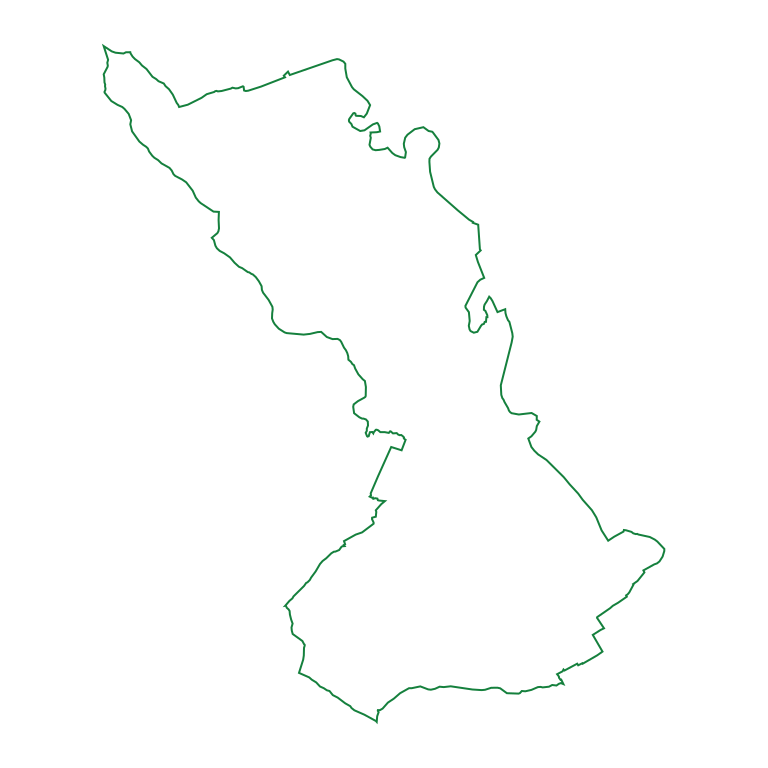 the district of Turceni, Gorj, Romania
{"feature_id": "2599482B55128602353314", "entity_name": "Turceni", "entity_type": "district", "adm_level": 2, "iso_a3": "ROU", "parent_name": "Romania", "parent_adm1": "Gorj", "projection": "albers", "projection_center": [23.338, 44.708], "detail": "fine", "context": "isolated", "style": "outline", "palette": "green", "viewbox_px": 768, "rotation_deg": 0, "n_neighbors": 0, "source": "geoboundaries", "source_scale": "gbopen_adm2", "svg_char_len": 6064}
<svg xmlns="http://www.w3.org/2000/svg" viewBox="0 0 768 768"><path d="M644.4,572.4L643.4,570.4L654.2,564.4L657.0,563.4L659.5,561.4L662.6,556.6L664.3,551.0L664.3,548.9L657.3,541.5L654.8,539.6L649.8,537.0L638.3,534.5L637.3,533.9L635.8,534.1L633.2,533.3L631.5,531.9L626.1,530.3L623.9,530.0L623.5,531.6L614.2,536.7L608.2,540.7L601.6,530.4L596.3,517.4L591.9,510.2L582.7,499.8L578.2,493.6L569.7,484.4L563.8,477.2L546.5,460.0L538.1,454.4L534.3,450.7L531.4,447.0L528.3,438.5L531.4,436.3L535.4,431.6L536.2,429.8L536.8,426.1L539.4,421.6L536.7,419.8L536.8,416.0L531.6,413.0L518.8,414.5L511.6,413.2L510.1,412.1L508.9,410.5L508.1,408.2L504.5,402.0L503.5,399.6L502.4,398.2L501.3,394.9L500.8,385.3L511.6,342.6L512.7,336.7L512.3,333.2L509.4,321.9L508.0,320.2L506.4,316.4L505.5,313.1L505.2,309.2L497.5,312.1L492.5,301.1L490.7,298.2L489.2,296.7L486.9,301.1L484.6,304.6L484.0,306.7L483.9,309.8L485.4,310.9L487.3,315.2L487.4,317.1L486.4,317.1L486.0,321.8L484.7,321.9L483.9,323.9L482.1,324.5L481.0,325.8L477.4,331.8L473.8,332.7L470.6,331.1L469.6,329.5L468.8,325.8L469.7,321.0L468.9,312.2L465.6,307.6L465.4,305.9L477.5,282.2L480.3,279.7L484.2,277.9L477.9,261.9L475.8,255.0L480.7,250.4L479.9,249.3L478.2,224.7L472.8,222.8L473.1,222.0L469.1,219.7L457.5,210.1L437.4,192.4L435.0,189.3L433.8,186.9L430.1,171.8L429.4,161.9L429.5,158.8L430.9,156.6L437.6,149.8L438.8,147.5L439.4,143.5L438.5,140.0L432.8,132.3L432.1,131.7L428.6,131.0L423.4,127.2L414.7,129.2L407.5,134.7L405.2,137.7L403.8,143.8L404.2,147.2L405.9,152.1L405.1,157.5L404.7,157.8L400.6,157.1L395.3,155.2L392.3,153.0L387.6,147.7L384.8,149.0L379.2,149.9L375.6,150.2L372.6,149.4L370.3,146.7L369.5,144.8L370.8,137.8L370.2,135.8L370.7,133.8L370.5,132.5L376.9,132.2L380.1,131.5L379.3,126.4L377.9,123.5L377.1,122.9L372.9,124.4L364.5,130.3L360.2,131.0L352.5,126.7L351.4,124.0L349.1,121.6L348.9,120.1L349.3,118.9L353.3,113.3L354.3,113.0L355.4,113.6L355.6,115.2L356.1,115.8L360.9,116.0L363.9,117.3L366.8,113.6L370.1,105.1L367.5,100.8L362.5,96.1L353.8,89.3L352.0,87.1L346.8,77.3L345.3,68.6L345.3,63.8L343.5,61.6L339.0,59.4L337.0,59.1L332.4,60.3L289.8,75.0L288.0,71.6L283.8,75.7L285.0,77.3L261.0,86.6L248.2,90.7L245.8,91.0L244.1,90.5L243.6,86.8L242.9,86.3L238.1,88.2L235.7,88.4L232.4,87.7L230.8,88.6L221.6,91.0L217.9,91.4L216.5,90.9L215.2,91.2L214.1,92.0L206.7,94.2L201.6,97.8L187.8,104.7L179.1,107.0L178.3,105.0L176.7,102.9L172.8,94.6L169.0,89.2L165.5,86.1L163.8,83.5L158.5,81.2L156.2,79.1L152.5,76.8L146.5,69.0L142.0,65.5L139.3,62.3L134.9,59.0L132.6,56.6L130.5,53.3L130.3,52.2L125.9,52.3L123.5,53.5L115.5,52.7L111.8,51.4L103.7,46.1L108.1,59.8L107.3,62.8L107.8,65.5L107.6,66.8L103.7,74.3L104.3,77.5L104.5,82.4L105.2,84.6L105.0,86.1L105.5,88.6L105.3,90.1L104.5,91.8L104.6,92.6L111.3,101.0L117.6,104.9L122.3,107.0L124.5,108.9L128.7,113.9L131.1,120.2L130.3,124.3L132.1,131.4L139.3,141.5L143.0,144.7L146.2,146.8L147.9,148.5L149.1,151.5L152.3,155.8L154.4,157.8L158.1,160.1L161.5,163.4L169.5,167.9L171.7,170.5L173.5,174.2L175.2,175.9L182.1,179.5L186.2,182.3L192.7,190.7L195.8,197.6L198.7,201.3L200.8,203.2L213.5,211.6L218.9,211.9L218.6,220.1L219.0,228.4L218.4,231.3L217.4,233.1L211.8,237.8L213.9,240.1L215.4,245.7L216.9,248.3L219.7,250.9L224.2,253.3L230.0,257.4L234.6,262.8L239.0,266.8L242.1,268.1L247.8,272.1L249.3,272.4L251.4,273.9L252.8,274.4L255.8,277.1L258.9,281.3L261.6,286.2L261.9,289.9L263.1,292.7L268.6,299.9L272.4,306.8L272.7,309.6L272.2,313.2L272.0,318.4L273.3,321.8L274.8,324.3L278.8,328.7L284.6,332.4L286.7,333.1L303.7,334.6L310.0,333.9L317.7,332.1L321.2,331.9L326.8,337.0L332.5,339.1L337.6,338.9L339.9,340.1L341.2,341.8L344.0,347.6L345.9,350.2L347.3,353.1L348.2,356.3L348.4,359.7L350.9,361.8L352.4,364.1L354.0,365.2L355.2,368.6L358.4,374.4L362.7,379.2L364.9,381.0L365.9,387.0L365.7,396.0L365.3,396.9L364.2,397.7L358.0,401.1L353.7,404.4L353.2,406.8L354.1,413.2L359.4,417.3L362.1,418.6L363.5,418.6L365.9,419.4L367.8,421.5L368.0,425.5L366.8,428.6L366.8,430.9L365.7,432.8L367.0,436.1L367.5,436.6L368.7,436.2L369.9,432.2L372.3,432.0L373.3,433.4L373.7,432.3L375.8,429.8L376.7,429.7L378.2,430.3L380.3,432.1L384.6,432.1L388.8,432.9L390.1,431.3L390.6,431.3L393.0,433.4L396.7,433.1L398.2,434.6L399.8,435.2L401.2,435.0L402.6,436.0L404.0,437.4L403.8,438.2L404.4,439.0L405.6,439.8L401.6,450.3L391.2,447.0L377.8,476.8L370.7,493.4L371.0,495.3L369.7,496.6L372.2,497.8L372.9,497.6L373.3,498.8L375.2,498.2L377.4,498.6L377.9,500.2L378.9,500.5L384.9,501.1L381.2,504.2L375.8,510.3L376.3,511.9L375.8,516.7L372.1,517.7L372.0,519.1L373.6,522.5L373.6,523.7L362.1,532.4L355.7,534.6L344.0,541.1L345.1,544.2L343.8,545.0L344.6,546.1L342.3,546.3L341.4,546.9L339.2,550.0L335.4,551.6L333.9,551.7L331.3,553.3L326.3,558.2L322.6,561.0L320.0,564.0L315.6,571.5L311.1,577.6L309.8,580.0L307.5,582.3L306.1,583.0L304.1,585.9L293.5,596.4L292.4,598.4L289.5,600.8L285.3,605.7L285.8,605.6L286.8,607.8L288.6,609.4L289.6,611.0L289.9,614.5L291.1,619.4L292.6,623.6L291.5,627.5L291.8,630.7L292.7,634.0L302.4,641.0L304.0,644.1L304.6,644.6L304.7,645.6L304.0,647.9L303.8,655.5L303.2,659.6L299.0,672.9L309.2,677.4L311.8,679.7L316.2,682.4L320.0,686.5L323.8,688.2L326.9,690.3L329.5,691.0L332.8,695.1L337.7,697.6L345.2,703.3L350.3,706.2L351.5,708.0L354.4,710.3L364.4,714.7L375.9,721.0L376.7,721.9L377.2,716.2L378.6,712.2L377.8,710.8L377.9,710.1L380.0,710.1L382.6,708.6L387.9,702.6L393.9,698.6L400.1,693.2L409.0,688.2L411.7,688.2L420.3,686.4L428.2,689.4L430.9,689.7L435.0,688.8L439.6,686.7L443.7,687.1L450.7,686.3L472.4,689.5L481.6,690.1L485.0,689.8L491.2,687.8L497.4,687.7L500.2,688.3L506.9,693.2L518.6,693.6L519.9,693.1L521.8,691.0L525.3,691.3L531.4,689.9L537.9,687.1L540.6,686.9L542.7,687.4L549.0,686.7L552.2,685.0L556.5,685.5L558.9,683.8L560.9,683.1L563.4,684.1L561.5,680.1L561.0,679.5L560.5,679.8L559.0,677.7L558.9,676.5L557.1,674.2L562.6,671.3L563.5,669.5L564.5,670.5L577.2,663.7L578.2,665.3L582.4,663.2L582.7,663.7L597.1,655.4L602.5,651.6L592.8,634.9L600.5,630.0L604.0,628.3L597.0,617.8L597.2,617.1L610.1,608.2L612.8,605.8L618.0,602.8L626.8,596.7L626.1,595.4L627.7,594.3L629.3,592.4L633.5,584.6L633.1,584.1L637.5,581.0L644.4,572.4Z" fill="none" stroke="#15803d" stroke-width="2"/></svg>